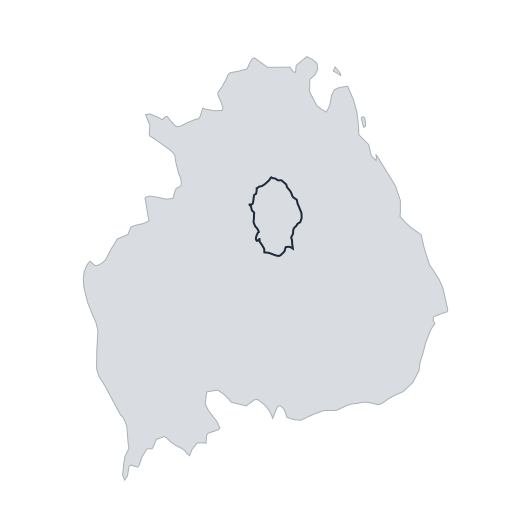 Kâmpóng Chhnang on a map of Cambodia (Equal Earth projection), rotated 169°
{"feature_id": "KHM-1785", "entity_name": "Kâmpóng Chhnang", "entity_type": "Province", "adm_level": 1, "iso_a3": "KHM", "parent_name": "Cambodia", "parent_adm1": "", "projection": "equal_earth", "projection_center": [104.594, 12.169], "detail": "fine", "context": "in_parent", "style": "outline", "palette": "slate", "viewbox_px": 512, "rotation_deg": 169, "n_neighbors": 0, "source": "natural_earth", "source_scale": "10m", "svg_char_len": 4612}
<svg xmlns="http://www.w3.org/2000/svg" viewBox="0 0 512 512"><g transform="rotate(169 256 256)"><path d="M427.7,61.1L428.8,66.1L426.0,75.5L423.0,84.0L417.4,91.5L417.2,97.0L415.3,113.4L416.1,118.6L417.4,123.1L419.2,125.5L424.2,141.6L428.7,156.2L433.2,168.2L434.0,175.8L430.0,195.0L425.4,212.7L425.8,221.5L427.9,230.4L430.1,242.2L431.0,257.2L429.8,267.0L427.7,273.2L423.7,279.4L420.1,282.6L415.8,277.3L412.4,277.1L407.9,278.7L404.3,281.1L397.0,290.3L388.9,299.2L377.7,301.5L373.4,308.2L368.7,309.1L359.9,309.4L354.1,311.0L354.4,314.3L353.9,330.1L354.0,333.8L353.1,334.7L349.1,335.2L342.3,332.8L333.1,328.9L326.6,328.3L323.2,335.1L321.2,337.8L318.7,338.2L316.1,339.5L315.3,342.5L315.1,346.4L316.3,352.9L316.8,363.4L316.5,370.5L318.9,375.0L333.0,390.1L337.2,393.9L337.6,396.1L335.2,404.4L337.4,415.9L333.0,415.7L325.6,410.8L322.1,407.7L317.9,410.1L316.4,409.7L313.5,404.0L309.7,398.2L305.8,397.8L297.6,400.1L289.3,401.7L286.1,401.7L284.8,402.7L279.9,411.4L277.9,409.9L269.4,406.6L261.7,405.3L260.1,407.6L261.1,414.6L262.8,421.5L261.8,424.4L257.5,428.1L252.0,434.6L248.5,439.7L246.1,440.9L237.6,440.7L229.1,441.3L225.7,446.1L222.6,449.9L219.8,450.9L208.7,439.0L186.7,434.9L184.3,429.7L182.2,428.7L180.1,435.5L168.0,442.0L163.0,438.0L159.3,433.3L159.8,427.4L163.3,422.7L169.4,419.2L172.1,407.3L167.6,391.9L163.6,387.4L159.4,383.9L154.9,389.6L151.1,399.4L147.2,404.4L141.7,405.5L133.6,405.1L130.5,390.5L129.5,378.0L130.6,363.8L131.9,355.3L124.1,343.7L123.7,332.6L120.0,326.9L118.9,329.8L119.0,332.9L117.9,330.6L105.7,298.1L103.7,283.0L105.9,271.4L107.1,267.5L103.6,261.4L98.6,254.5L89.9,245.4L89.3,231.0L87.4,214.1L84.8,208.4L80.8,198.0L78.7,189.3L78.0,166.5L79.1,164.7L85.3,164.0L93.3,162.4L94.6,158.7L93.2,155.7L98.3,150.5L105.6,139.2L111.3,127.4L115.4,119.9L117.8,112.5L126.1,102.0L137.4,94.8L145.1,93.1L153.1,90.6L160.7,87.1L164.4,86.8L173.9,91.0L179.0,92.1L184.4,92.0L190.0,92.5L194.9,92.0L206.5,89.1L218.9,91.4L229.9,89.6L243.6,86.2L250.3,88.3L256.4,91.7L257.3,98.7L258.7,101.8L260.7,104.3L263.4,104.3L266.9,99.4L269.8,94.5L270.8,93.5L270.9,96.0L272.4,101.4L275.0,106.7L277.6,110.3L282.0,115.0L284.9,115.2L294.2,110.7L308.2,117.2L309.9,120.4L314.4,127.0L319.3,131.7L330.3,132.0L334.1,120.4L332.2,113.4L326.0,101.1L324.3,93.8L326.2,92.6L336.8,91.2L338.5,89.8L340.8,81.8L343.7,82.7L349.5,83.7L355.7,78.3L359.3,72.6L361.3,75.2L363.5,79.2L365.9,81.5L370.4,84.9L375.3,89.8L378.4,94.5L380.8,96.4L387.1,95.1L388.8,95.2L392.4,89.5L394.9,86.4L397.1,87.3L400.2,87.2L406.8,79.8L410.5,73.1L412.5,71.3L418.4,74.6L420.7,74.0L424.1,64.7L427.7,61.1ZM126.4,371.3L125.2,372.2L124.1,372.1L122.9,370.8L123.0,365.6L123.9,362.4L125.9,361.8L126.4,371.3ZM144.8,422.9L142.3,426.4L138.4,419.2L138.4,417.1L144.8,422.9Z" fill="#d9dde1" stroke="#a8b0b8" stroke-width="1"/><path d="M204.5,296.5L203.2,289.6L203.7,285.9L204.0,284.5L205.9,281.1L206.1,280.8L206.3,280.7L206.7,280.5L208.7,279.9L209.0,279.7L209.4,279.4L210.5,278.1L211.0,277.6L211.5,277.4L211.8,277.3L212.1,277.1L213.3,276.1L213.8,275.5L214.2,275.0L214.3,274.7L214.7,273.6L215.3,271.2L215.7,270.4L217.6,268.0L217.9,267.4L218.0,266.9L217.6,265.3L217.7,264.1L218.2,260.8L218.2,259.9L218.4,256.2L220.4,258.1L221.2,258.5L222.3,258.8L225.1,259.1L226.2,257.1L226.5,256.5L226.7,255.8L226.8,255.6L227.2,255.2L228.5,254.1L229.6,253.5L230.6,252.8L231.7,252.1L233.2,251.7L233.6,251.7L236.1,252.6L243.1,256.8L247.1,257.9L246.7,260.8L246.6,261.6L247.0,262.7L247.4,263.8L247.8,265.1L249.4,268.8L249.6,269.4L249.6,270.0L249.4,272.0L249.6,272.0L249.7,271.9L251.4,270.7L252.1,270.7L252.3,270.7L252.5,271.0L252.8,272.2L252.8,272.5L252.8,273.0L252.4,274.2L252.1,274.9L251.7,275.7L249.8,278.4L248.6,279.0L248.9,280.8L249.1,281.3L249.9,283.5L251.0,284.9L251.8,288.6L251.9,289.9L251.8,290.3L250.7,293.9L250.2,296.5L249.6,298.4L249.6,298.9L249.7,299.3L250.2,299.9L251.2,301.4L251.3,301.8L251.4,302.3L251.5,306.0L251.6,306.4L251.6,306.6L252.2,306.8L252.6,307.2L252.6,307.5L252.5,307.8L252.2,307.8L250.5,307.4L250.2,307.5L249.9,307.6L249.6,307.8L249.3,308.1L249.0,308.5L248.5,309.6L246.3,316.1L245.2,316.7L244.2,317.0L243.9,317.4L242.9,320.0L242.4,322.4L241.0,322.8L239.8,323.5L239.5,323.5L239.0,323.5L238.5,323.5L237.3,323.5L236.6,323.6L233.5,324.9L228.7,327.8L226.7,329.9L226.3,330.2L226.0,330.3L225.7,329.9L224.8,329.3L222.4,328.4L222.2,328.2L220.3,326.4L219.5,325.9L217.0,325.6L216.3,325.2L215.7,324.3L212.9,320.8L212.7,320.4L212.6,320.0L212.5,318.3L212.4,317.6L209.9,313.0L209.5,311.6L209.1,309.7L208.9,307.9L208.3,306.6L208.2,306.4L207.9,306.0L206.2,304.5L205.7,303.9L205.3,303.4L205.3,303.1L205.2,302.4L205.2,300.1L205.1,299.0L204.5,296.5Z" fill="none" stroke="#1e293b" stroke-width="2"/></g></svg>